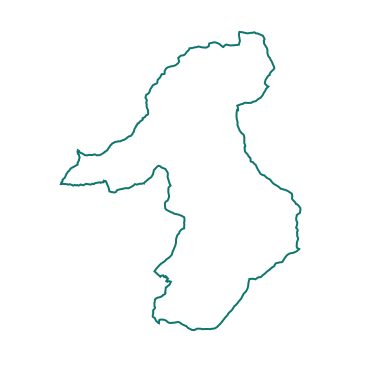 outline of Apold, Mures, Romania, rotated 250°
{"feature_id": "2599482B12503571403432", "entity_name": "Apold", "entity_type": "district", "adm_level": 2, "iso_a3": "ROU", "parent_name": "Romania", "parent_adm1": "Mures", "projection": "mercator", "projection_center": [24.86, 46.147], "detail": "fine", "context": "isolated", "style": "outline", "palette": "teal", "viewbox_px": 384, "rotation_deg": 250, "n_neighbors": 0, "source": "geoboundaries", "source_scale": "gbopen_adm2", "svg_char_len": 6037}
<svg xmlns="http://www.w3.org/2000/svg" viewBox="0 0 384 384"><g transform="rotate(250 192 192)"><path d="M101.7,273.2L103.5,271.7L105.0,271.7L108.9,273.4L111.1,275.3L112.2,275.9L114.9,275.8L116.8,276.7L117.7,276.7L118.6,277.1L119.4,278.1L120.1,278.2L121.2,278.3L122.2,277.7L123.1,277.7L124.3,278.9L127.1,280.5L129.4,280.3L131.8,280.9L133.4,282.1L134.5,282.5L135.5,286.3L138.6,288.0L140.0,288.3L143.2,287.3L144.9,286.2L145.3,285.5L146.9,285.5L150.6,283.8L152.0,283.8L153.6,284.8L156.4,285.2L160.1,282.4L162.0,280.5L164.7,276.5L167.3,275.2L172.0,271.4L174.1,270.5L176.3,269.9L177.6,269.2L179.5,267.3L183.1,265.5L183.6,264.4L185.6,262.6L191.2,261.5L195.9,261.1L196.9,260.3L199.2,259.4L200.6,257.6L203.9,258.5L205.4,257.7L208.8,256.9L211.9,255.6L216.1,256.7L216.4,256.9L216.4,257.4L217.2,257.9L220.3,257.9L225.5,259.9L227.7,260.1L228.5,260.0L230.6,258.6L233.5,257.8L239.4,257.6L241.9,258.7L245.7,259.1L248.5,259.9L251.4,261.1L253.6,262.4L253.1,263.2L255.3,263.9L257.7,264.1L257.7,268.1L257.4,270.0L257.8,271.1L257.8,272.2L256.4,275.4L255.5,278.3L255.9,280.1L255.6,283.0L256.7,286.2L257.1,288.7L258.7,291.4L260.5,293.3L262.2,295.6L263.5,296.7L265.0,299.8L265.9,298.9L268.9,297.6L270.0,297.9L272.4,299.7L275.2,303.4L275.4,305.1L276.5,305.5L277.7,307.1L279.8,311.5L281.2,311.9L287.8,311.5L289.3,311.1L291.5,311.0L292.8,310.4L294.3,310.2L296.7,310.3L299.1,311.3L301.2,311.7L306.9,310.5L308.6,311.1L309.4,311.1L310.9,312.5L314.6,312.1L318.6,307.8L319.2,306.2L320.5,305.5L320.9,304.8L320.8,303.5L321.3,302.4L322.1,298.3L325.0,293.8L326.2,291.3L324.7,290.3L323.4,289.8L317.3,288.6L315.4,287.0L314.4,286.5L314.9,284.0L316.6,278.1L318.8,274.7L318.8,274.0L318.3,272.2L317.5,271.1L317.9,270.5L321.9,268.2L323.7,266.3L324.7,264.9L325.1,264.0L325.7,259.1L324.0,257.9L323.2,257.6L322.8,255.1L323.2,253.6L324.8,250.4L326.5,247.9L326.6,245.3L327.0,244.2L327.1,242.1L327.9,238.7L327.1,238.2L326.1,236.7L325.4,234.8L324.9,234.4L323.7,232.3L323.4,231.1L323.9,228.0L322.7,224.9L318.8,224.5L317.8,222.9L317.2,221.4L316.8,219.9L316.7,219.0L316.9,216.6L317.3,215.2L317.4,211.5L316.8,209.7L315.0,207.7L312.4,206.6L312.6,204.9L313.1,203.8L310.5,201.1L309.2,198.2L306.5,196.7L306.2,196.2L306.0,195.9L306.0,193.6L305.7,191.8L302.8,188.0L302.1,187.4L301.6,187.3L300.8,186.3L300.0,185.7L299.5,184.7L298.9,182.1L296.5,180.5L294.7,180.9L293.4,180.9L292.4,180.0L290.8,179.4L290.0,179.5L288.3,178.7L286.3,178.4L283.9,178.7L280.4,177.5L279.8,176.7L279.8,175.4L279.6,174.8L278.5,173.4L278.2,170.8L276.9,170.5L276.4,169.0L276.2,167.7L275.4,166.1L275.0,165.8L275.0,164.5L274.7,164.5L273.8,163.0L273.2,162.5L273.2,162.1L272.3,161.4L271.0,159.6L268.3,157.7L267.9,156.9L266.7,155.7L265.9,154.2L265.6,153.7L265.8,151.4L264.8,148.5L264.2,146.1L264.4,144.6L264.2,141.8L264.9,139.8L265.0,137.9L265.4,136.9L265.0,135.5L265.0,134.3L264.7,133.2L264.2,132.7L263.7,131.1L262.5,129.9L260.9,127.4L260.1,126.7L260.1,125.7L259.5,124.4L259.6,123.6L259.2,123.2L258.4,119.8L258.3,117.7L259.0,115.1L260.3,113.9L260.8,112.9L260.7,111.8L261.0,110.5L262.1,108.0L262.4,105.6L262.8,105.1L263.2,104.0L265.5,102.3L267.7,99.9L269.1,99.9L270.3,99.0L269.2,98.3L266.9,97.8L265.7,98.5L262.6,98.1L261.3,96.9L260.6,96.8L260.2,96.4L258.6,94.5L256.8,93.9L255.8,87.2L255.5,85.9L254.1,84.0L253.7,83.2L253.4,82.1L252.1,80.7L251.9,80.2L249.0,77.5L247.8,74.6L246.4,74.0L246.1,73.6L246.1,73.2L245.5,72.5L244.3,71.5L244.0,72.4L244.3,72.8L244.2,73.1L243.8,73.4L241.9,77.5L241.2,78.2L241.2,79.6L239.8,81.5L238.7,82.4L238.6,83.0L238.9,84.1L238.2,84.9L237.8,85.6L237.8,86.6L236.9,87.4L236.8,88.9L237.2,89.7L237.1,90.0L235.5,92.1L235.9,95.2L233.7,99.2L233.6,100.4L233.9,101.1L233.0,102.5L233.5,104.2L232.5,109.0L231.9,109.3L231.9,110.9L231.4,111.8L231.7,112.7L232.4,112.6L232.8,113.1L231.8,113.9L231.8,114.6L231.1,114.8L224.5,115.1L220.8,114.6L219.6,116.2L218.0,119.1L218.1,120.7L219.2,122.0L219.4,122.8L218.4,130.6L217.2,133.8L217.8,138.0L218.3,139.8L218.9,140.9L218.7,141.5L217.8,142.7L217.6,146.0L217.0,147.1L216.8,149.4L216.5,149.8L216.9,150.0L219.2,156.0L219.8,158.6L221.9,161.3L225.6,163.7L227.7,167.9L228.0,169.3L228.0,169.7L226.7,171.2L225.6,171.6L222.7,174.9L218.2,175.8L216.5,175.2L214.6,174.2L207.4,173.8L205.4,174.1L204.5,172.0L203.8,171.2L200.3,169.8L196.2,169.1L194.8,168.5L192.3,166.2L191.9,164.2L190.9,162.9L189.8,162.3L185.9,161.3L184.6,161.6L183.1,162.7L180.0,165.6L179.0,166.9L178.0,167.5L175.3,171.7L173.1,174.2L170.8,176.1L167.6,175.1L165.7,174.0L163.8,173.6L162.3,172.8L160.5,172.2L160.6,170.5L160.1,168.5L158.8,166.6L157.5,165.7L156.9,164.2L156.0,163.1L153.3,161.0L149.6,159.5L148.4,158.6L147.5,158.1L142.4,153.3L140.2,151.7L139.6,151.0L138.2,148.0L137.3,144.5L136.3,142.9L135.2,138.5L134.6,136.9L132.4,132.7L130.3,129.6L123.2,133.3L123.7,134.0L123.6,136.3L121.7,136.8L122.1,138.4L120.9,139.0L120.7,138.2L118.8,139.8L117.0,137.3L116.0,138.1L116.2,139.5L116.0,140.1L114.9,141.5L112.4,138.9L112.3,137.9L111.5,136.2L111.2,134.7L107.6,133.0L107.1,132.4L106.1,132.5L105.8,132.3L105.1,130.9L105.2,129.8L104.4,128.4L104.4,127.5L104.1,127.0L104.5,122.6L103.7,120.5L99.8,118.4L97.1,117.6L96.2,117.8L95.2,117.1L94.1,115.0L93.0,114.8L92.6,114.4L91.8,114.4L89.9,113.1L88.4,112.5L87.3,113.0L86.4,113.9L83.4,114.1L80.5,115.6L80.0,116.1L82.7,117.3L83.0,118.4L82.2,120.7L81.3,122.3L79.8,123.8L77.9,124.8L76.9,125.8L76.0,127.6L75.8,129.2L75.4,130.1L74.6,134.4L74.1,135.3L73.1,136.2L71.5,137.1L67.7,140.9L65.7,141.7L62.3,144.9L61.4,147.2L61.8,149.3L61.8,150.2L60.5,153.5L59.8,154.3L57.8,160.3L57.0,161.8L56.8,163.5L56.2,165.5L56.1,167.2L56.6,169.5L58.8,174.1L62.9,180.7L64.2,183.3L65.7,185.0L67.4,189.1L70.2,192.7L70.6,194.0L72.3,197.3L73.2,198.5L74.9,201.6L78.7,205.7L80.2,208.9L82.7,211.5L84.6,212.7L88.1,214.4L90.6,216.2L89.6,219.7L88.3,221.6L89.2,225.4L88.6,226.9L88.7,228.2L89.8,230.4L90.1,231.9L91.6,235.3L92.6,238.8L93.2,239.5L93.2,240.6L93.8,241.5L94.0,243.3L94.3,244.1L95.3,244.9L96.2,246.1L96.3,247.8L95.9,249.2L96.0,250.0L95.5,251.6L95.5,253.2L98.1,256.4L99.9,259.2L100.4,260.5L100.8,262.8L100.6,264.4L100.2,265.8L100.3,268.7L100.6,270.5L101.7,273.2Z" fill="none" stroke="#0f766e" stroke-width="2"/></g></svg>